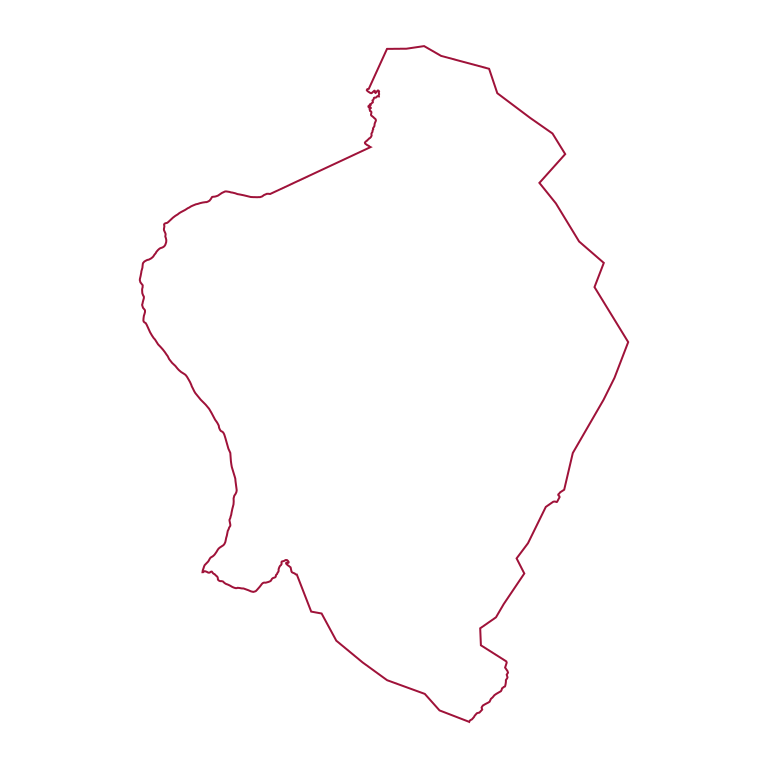 outline of Ceceg, Hovd, Mongolia
{"feature_id": "93677404B56822963744854", "entity_name": "Ceceg", "entity_type": "district", "adm_level": 2, "iso_a3": "MNG", "parent_name": "Mongolia", "parent_adm1": "Hovd", "projection": "equal_earth", "projection_center": [93.086, 46.341], "detail": "fine", "context": "isolated", "style": "outline", "palette": "rose", "viewbox_px": 768, "rotation_deg": 0, "n_neighbors": 0, "source": "geoboundaries", "source_scale": "gbopen_adm2", "svg_char_len": 6088}
<svg xmlns="http://www.w3.org/2000/svg" viewBox="0 0 768 768"><path d="M469.2,721.9L469.5,721.1L470.3,720.2L472.0,719.3L474.0,717.0L474.7,715.7L475.6,714.7L476.8,713.3L478.3,712.8L479.4,712.6L482.2,709.6L481.6,707.6L482.0,706.8L482.9,705.5L485.5,704.0L488.4,702.5L489.6,701.7L490.4,700.0L490.9,698.9L492.7,697.3L494.4,695.2L496.4,693.8L500.9,691.2L501.7,689.7L502.0,688.4L503.2,687.5L503.7,687.0L504.9,686.5L505.2,685.9L505.6,684.1L505.9,681.9L505.9,680.1L506.5,679.2L507.1,678.4L507.5,677.3L506.7,674.7L508.0,672.7L507.5,671.1L505.1,667.6L506.7,662.7L506.3,661.4L480.9,645.3L480.2,628.3L496.0,617.3L503.7,604.1L524.3,573.5L516.6,558.4L528.0,543.2L545.8,506.9L553.3,501.7L554.9,501.5L556.5,502.0L557.1,501.8L559.6,497.1L559.4,496.3L558.4,495.3L558.3,494.4L559.0,493.8L560.2,492.3L564.2,489.7L572.8,453.0L603.6,399.7L614.5,377.8L628.2,342.1L594.5,287.1L603.8,262.9L579.1,241.5L555.9,203.4L539.4,182.9L565.2,154.1L552.5,133.5L530.3,118.0L497.3,93.2L489.1,68.8L441.1,55.9L424.1,46.1L406.5,48.7L387.0,48.9L368.8,88.8L367.3,89.2L366.8,90.1L367.5,91.1L369.9,92.7L371.1,93.2L372.0,92.9L372.6,92.2L374.3,90.7L374.7,90.8L374.7,92.1L375.5,92.9L376.1,92.5L376.7,91.6L377.8,90.5L378.2,90.5L378.6,90.7L379.1,91.6L378.8,92.6L378.9,93.3L379.1,93.9L379.1,94.4L378.7,95.2L378.9,96.4L378.1,96.4L377.4,96.2L376.7,96.8L376.2,97.4L375.3,97.7L374.5,97.6L373.9,98.0L373.7,98.9L373.4,99.7L372.5,100.4L372.9,102.0L372.8,102.4L371.7,103.2L371.3,103.7L370.0,104.3L369.8,104.7L370.1,105.0L370.4,105.2L369.7,105.8L369.0,105.7L368.5,106.1L368.4,106.6L368.6,107.1L369.0,107.4L369.4,107.5L369.7,107.5L370.0,107.2L370.4,107.3L370.8,107.8L370.8,108.1L370.1,108.6L369.6,109.0L369.7,109.8L369.9,110.2L370.0,110.6L370.1,111.0L370.5,111.2L371.0,111.4L371.4,112.1L371.3,113.2L371.1,114.1L371.0,114.7L371.2,115.4L371.9,116.0L373.3,117.1L374.3,118.1L375.4,119.0L375.8,119.8L375.9,120.7L374.9,123.0L374.6,124.0L374.5,125.2L374.3,126.3L373.2,128.0L373.0,128.6L373.2,129.4L372.8,130.0L372.5,130.8L372.5,131.8L371.7,133.1L371.4,133.8L371.6,135.6L371.0,136.9L370.0,138.0L369.2,138.4L368.3,139.4L367.6,139.9L367.0,140.7L366.2,141.2L365.5,141.8L364.9,142.6L365.0,143.2L365.4,143.8L366.8,144.8L367.2,145.1L368.8,145.9L369.7,146.7L370.5,147.1L270.1,194.0L268.7,193.8L266.9,193.8L263.9,195.1L262.2,196.4L260.2,197.1L256.9,197.2L252.8,197.1L250.8,197.0L243.8,195.3L239.9,194.5L237.5,194.1L235.3,193.3L232.5,192.6L231.0,192.4L229.4,191.9L227.5,191.6L226.1,191.4L225.0,191.5L221.8,193.0L218.0,195.6L216.4,196.2L214.9,196.6L212.9,196.8L212.1,197.0L211.6,197.7L211.0,198.8L209.5,200.7L207.7,201.7L206.5,202.1L205.4,202.1L204.5,202.3L203.6,202.4L202.4,202.6L199.9,203.2L197.8,203.9L195.9,204.3L192.5,205.7L190.8,206.5L189.3,207.5L187.8,208.2L185.2,209.9L181.0,212.1L179.2,213.2L177.7,214.4L175.4,215.8L172.9,217.7L168.3,222.0L167.3,222.8L165.3,223.3L164.6,223.7L164.1,224.4L164.2,225.4L164.4,226.1L164.2,227.5L163.9,229.1L164.0,230.2L165.5,233.6L165.6,234.4L165.3,236.6L165.8,237.9L166.3,240.0L166.2,242.1L165.3,244.8L164.5,246.0L163.5,246.9L161.9,247.7L161.1,247.9L159.9,248.4L159.1,249.0L157.9,250.1L156.3,252.0L155.7,253.2L154.5,254.6L153.2,256.6L152.0,257.7L150.8,258.6L149.4,259.3L148.7,259.7L147.8,259.8L146.7,260.2L144.4,261.5L143.1,263.0L142.8,263.9L142.4,267.8L141.4,271.3L141.3,272.3L140.6,276.0L139.9,279.0L139.8,280.1L140.4,282.3L141.7,284.0L142.3,284.7L142.7,285.3L142.6,287.4L142.3,288.3L142.1,289.7L142.3,293.2L143.2,295.6L143.8,296.4L143.9,297.2L143.8,298.4L142.8,302.0L142.6,303.2L142.1,304.9L142.4,305.9L143.0,307.8L144.7,309.8L145.0,310.6L145.0,312.0L144.4,314.3L143.9,315.7L143.5,318.6L143.4,320.6L143.7,321.6L144.5,322.4L145.7,323.1L146.7,324.8L150.1,332.3L151.9,335.4L153.7,338.1L155.0,339.5L158.1,344.4L160.9,347.3L163.0,349.7L165.0,352.3L166.6,354.7L167.6,356.0L169.2,359.2L172.1,362.9L175.4,366.0L177.5,368.6L178.9,370.1L181.1,372.0L184.6,374.2L185.5,374.9L186.2,375.7L187.2,377.1L190.0,382.0L191.3,384.9L191.8,386.4L192.7,388.1L194.3,391.4L195.4,393.2L200.7,399.7L205.6,404.6L209.1,408.8L211.6,413.1L215.1,419.7L217.1,422.5L218.2,424.5L218.8,425.8L219.0,427.4L219.4,428.5L220.0,429.8L220.8,430.9L221.6,431.4L222.3,431.7L223.0,432.3L223.7,433.3L224.3,434.6L225.4,438.1L228.4,448.7L230.3,452.9L230.9,461.1L231.3,464.1L231.8,467.0L234.1,474.6L234.8,476.9L235.3,478.7L235.5,481.1L236.7,490.2L236.4,492.0L235.6,493.8L234.3,495.7L233.6,498.4L233.7,501.5L233.5,504.4L232.3,509.0L231.5,512.9L231.2,514.8L230.6,516.6L230.4,517.7L230.0,518.7L229.5,519.8L229.5,520.6L230.3,524.5L230.3,525.8L229.1,527.7L228.6,529.3L227.8,530.8L227.6,531.7L227.4,532.8L226.8,535.8L226.2,537.8L225.7,540.3L225.3,542.1L224.4,544.0L223.4,545.2L219.9,547.5L218.6,548.6L217.6,550.0L216.5,551.9L214.6,554.6L213.5,555.7L212.6,556.4L210.6,557.6L209.8,558.7L208.3,561.4L204.7,565.1L204.1,566.4L203.4,568.6L202.8,570.2L202.5,572.2L203.1,572.2L203.9,571.6L204.6,571.2L205.6,571.4L206.9,571.9L208.2,572.6L209.1,572.7L210.0,572.4L210.6,571.9L211.3,571.6L211.9,571.7L212.9,573.1L213.7,573.8L214.5,574.1L216.0,575.6L217.2,576.6L217.5,577.1L217.8,578.0L217.9,579.4L218.4,580.2L219.3,580.8L220.1,581.1L221.5,581.1L223.0,581.5L223.6,582.1L224.4,582.9L225.6,583.7L226.4,584.1L227.4,584.4L229.6,585.4L232.4,587.0L234.1,587.7L235.5,588.1L236.9,588.1L237.6,587.8L239.5,588.0L241.6,588.4L243.6,588.5L248.3,590.2L251.1,591.4L253.3,591.9L254.8,591.5L255.8,591.1L256.9,590.0L259.8,586.7L262.0,583.8L262.8,583.1L264.0,582.6L265.7,582.7L268.6,581.9L270.0,581.3L270.8,580.8L272.0,578.8L272.9,578.1L274.9,577.4L275.4,577.1L275.8,576.4L275.9,575.3L276.3,574.7L277.0,574.1L277.3,573.4L277.6,572.6L278.3,571.8L278.6,570.9L278.6,569.3L278.9,568.3L279.6,566.6L280.2,565.7L280.9,565.2L281.3,564.6L281.6,563.9L281.5,562.9L281.5,562.1L281.9,561.5L283.9,561.0L285.5,560.1L286.1,560.0L287.2,560.2L287.8,560.8L288.3,561.4L288.6,561.9L288.6,562.5L288.1,562.9L287.4,562.9L286.6,562.7L286.2,562.9L286.1,563.2L286.2,563.7L287.8,565.3L288.5,565.7L290.6,567.4L291.5,571.5L291.9,572.2L293.2,572.9L294.6,573.4L295.7,574.4L296.8,574.5L311.2,611.6L321.6,613.5L336.3,640.7L362.7,662.5L387.1,680.2L424.8,693.9L439.5,710.4L468.8,721.7L469.2,721.9Z" fill="none" stroke="#9f1239" stroke-width="2"/></svg>